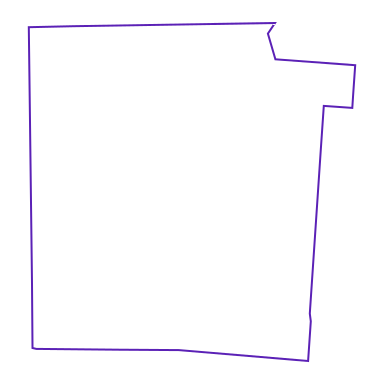 outline of Montgomery, Ohio, United States of America
{"feature_id": "52423323B48095289602104", "entity_name": "Montgomery", "entity_type": "district", "adm_level": 2, "iso_a3": "USA", "parent_name": "United States of America", "parent_adm1": "Ohio", "projection": "orthographic", "projection_center": [-84.235, 39.75], "detail": "fine", "context": "isolated", "style": "outline", "palette": "violet", "viewbox_px": 384, "rotation_deg": 0, "n_neighbors": 0, "source": "geoboundaries", "source_scale": "gbopen_adm2", "svg_char_len": 353}
<svg xmlns="http://www.w3.org/2000/svg" viewBox="0 0 384 384"><path d="M353.2,94.0L355.2,65.2L275.4,59.3L267.9,33.6L275.0,23.0L73.5,26.2L28.8,27.2L29.9,113.5L32.0,283.3L32.5,348.0L36.3,348.9L118.6,349.7L178.9,350.1L308.1,361.0L310.8,321.3L309.8,313.6L320.8,149.6L323.8,105.9L352.3,107.9L353.2,94.0Z" fill="none" stroke="#5b21b6" stroke-width="2"/></svg>